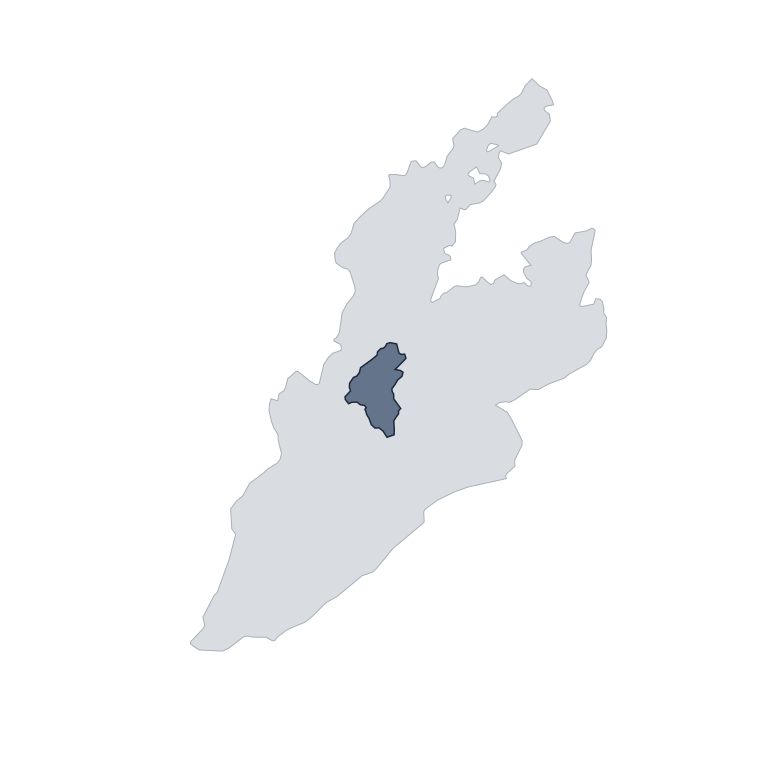 Ak-Talaa, Naryn, Kyrgyzstan shown in context, rotated 138°
{"feature_id": "92254566B17697144541552", "entity_name": "Ak-Talaa", "entity_type": "district", "adm_level": 2, "iso_a3": "KGZ", "parent_name": "Kyrgyzstan", "parent_adm1": "Naryn", "projection": "equal_earth", "projection_center": [74.786, 41.313], "detail": "fine", "context": "in_parent", "style": "filled", "palette": "slate", "viewbox_px": 768, "rotation_deg": 138, "n_neighbors": 0, "source": "geoboundaries", "source_scale": "gbopen_adm2", "svg_char_len": 4506}
<svg xmlns="http://www.w3.org/2000/svg" viewBox="0 0 768 768"><g transform="rotate(138 384 384)"><path d="M167.3,457.3L169.3,456.1L175.3,454.8L187.5,453.6L191.6,454.5L199.9,459.6L206.3,458.9L207.5,459.6L209.8,463.9L218.8,457.6L225.2,455.8L228.6,449.5L235.5,442.1L241.4,440.9L241.5,442.1L242.6,443.2L248.6,444.9L250.4,442.9L251.4,440.2L249.4,435.9L249.4,434.1L251.3,431.5L260.8,435.6L262.9,435.5L267.3,433.2L271.4,429.2L272.9,426.0L292.5,415.7L293.9,413.9L293.7,412.5L285.5,410.1L281.8,411.5L278.4,411.5L276.3,410.0L266.4,409.4L264.2,408.3L257.7,400.9L249.5,396.3L245.5,396.5L240.8,398.5L239.3,397.6L239.0,390.6L238.1,386.4L235.3,385.5L231.7,387.1L221.7,384.8L220.7,376.1L217.0,368.4L211.8,365.3L211.6,360.7L209.8,358.7L208.2,359.3L206.2,361.6L207.1,366.7L206.2,371.8L205.0,374.4L202.7,376.3L200.0,376.4L195.5,373.8L194.6,389.3L193.7,390.2L188.3,388.0L183.9,389.0L177.4,388.0L172.6,385.5L163.1,382.6L158.7,379.7L156.1,369.3L153.6,365.6L151.1,364.8L141.0,368.4L130.7,362.1L125.6,360.8L124.3,358.8L124.6,356.5L140.6,344.9L147.0,337.0L150.9,333.6L160.9,330.1L163.2,322.8L164.1,322.0L174.2,318.5L185.6,312.1L185.8,310.4L184.7,308.9L174.7,303.0L169.6,305.7L166.6,302.3L166.6,298.9L170.1,293.0L173.0,290.0L174.3,284.3L178.4,280.5L182.8,274.5L188.0,269.5L197.4,265.9L202.7,267.1L207.6,266.2L215.3,263.2L220.0,263.0L239.6,267.5L246.1,267.7L261.2,273.7L273.2,276.7L278.9,282.4L298.1,284.9L303.3,286.6L305.2,289.4L310.6,292.9L315.3,293.7L311.3,280.0L313.0,271.8L319.2,249.5L322.4,246.2L338.0,239.9L341.6,235.3L352.8,235.3L355.1,234.5L356.4,231.9L390.9,251.4L404.0,256.8L422.2,261.9L437.5,263.5L440.2,262.3L446.3,254.7L449.2,254.4L487.2,255.8L514.5,251.7L518.4,251.9L528.6,256.2L560.8,257.5L573.5,260.3L593.6,259.3L602.0,259.8L617.4,265.3L622.7,266.5L632.7,267.3L636.5,266.4L638.7,267.6L641.0,274.6L650.6,283.4L654.2,288.2L657.8,290.1L675.7,291.5L682.5,293.4L699.4,310.1L701.8,319.8L700.1,321.9L682.6,323.2L678.7,324.6L674.6,331.9L651.2,340.7L647.7,340.6L616.4,357.3L594.8,371.5L594.0,378.3L581.5,393.8L571.9,395.7L563.7,395.4L550.3,400.1L533.1,398.5L527.3,398.7L516.0,396.6L511.4,397.7L506.7,400.9L500.1,413.3L497.4,416.2L496.2,419.1L495.2,425.1L492.7,431.5L487.2,441.3L482.3,445.8L477.9,448.7L474.3,442.7L468.5,446.8L463.0,446.0L459.7,447.2L452.0,452.4L440.7,452.2L439.5,450.4L437.2,436.2L435.2,429.4L433.6,427.9L431.6,427.8L415.5,438.9L408.0,440.9L401.8,441.3L393.7,437.9L392.0,438.8L390.6,440.6L390.0,442.9L392.4,449.2L391.7,450.5L388.1,450.4L383.0,451.8L367.4,465.0L357.6,468.5L348.5,469.8L343.1,472.2L340.0,477.1L333.9,490.7L334.1,493.6L336.6,497.3L338.5,505.5L338.0,507.7L333.1,514.5L326.8,516.6L321.9,517.6L312.5,516.7L307.7,518.0L298.8,523.3L291.5,524.2L277.7,524.4L264.1,522.4L259.7,523.1L247.7,526.2L243.5,531.0L241.3,535.5L240.1,536.1L235.3,532.0L229.3,525.0L226.3,525.1L215.4,530.9L213.9,530.7L210.8,528.5L211.3,519.6L207.9,517.7L200.5,517.3L198.0,515.3L198.9,509.5L198.1,507.4L196.3,505.7L192.4,506.2L184.7,511.0L175.7,512.6L172.5,514.2L168.9,520.4L156.9,521.7L153.1,520.3L146.0,508.7L139.9,507.0L133.5,507.4L124.9,510.4L122.9,507.9L120.7,507.2L118.6,509.3L108.1,509.6L97.4,509.3L91.3,507.9L87.4,508.0L79.4,511.2L69.7,511.8L69.0,501.0L66.2,493.7L69.4,481.7L71.2,477.9L78.3,482.3L80.9,481.6L81.6,479.2L80.6,473.9L84.4,468.1L109.9,460.1L137.7,471.7L141.2,479.3L143.7,478.9L147.6,475.5L148.9,469.1L154.5,465.5L166.6,461.2L167.3,457.3ZM181.3,483.7L181.8,482.6L179.8,477.0L182.8,471.8L177.1,470.9L174.2,469.4L171.1,464.1L170.0,463.9L168.3,465.3L167.3,468.8L168.0,472.5L172.0,476.0L170.0,483.5L178.4,484.4L181.3,483.7ZM151.9,488.8L151.7,487.2L149.8,486.5L139.3,484.4L139.6,485.9L143.6,491.4L146.6,491.7L151.9,488.8ZM214.6,479.3L215.3,475.8L208.9,477.9L208.2,479.6L210.3,481.8L213.0,482.6L214.6,479.3Z" fill="#d9dde1" stroke="#a8b0b8" stroke-width="1"/><path d="M355.0,412.1L357.8,411.0L360.4,411.0L362.8,412.5L367.3,412.2L369.8,410.1L376.1,410.3L390.5,411.8L394.6,409.0L399.0,408.1L402.3,409.3L409.1,407.6L412.1,404.5L413.5,401.3L421.5,400.6L423.1,398.4L423.5,393.0L420.1,392.0L416.1,388.5L415.5,384.5L412.9,381.3L413.0,378.3L415.1,378.0L415.8,375.8L417.4,372.6L418.1,368.6L420.6,362.2L420.2,357.3L417.1,354.8L416.2,349.8L417.4,342.4L410.5,339.5L406.9,343.2L401.4,350.1L397.1,351.3L393.2,352.1L391.2,354.3L388.0,354.6L386.7,366.5L383.6,370.0L383.0,372.9L381.3,375.2L376.3,376.2L371.2,377.9L370.8,377.8L365.4,377.7L362.0,380.0L362.9,383.3L366.0,387.3L350.9,388.3L350.3,388.7L348.7,392.4L351.5,394.6L352.1,397.1L347.8,405.3L351.7,410.6L355.0,412.1Z" fill="#64748b" stroke="#1e293b" stroke-width="1.5"/></g></svg>